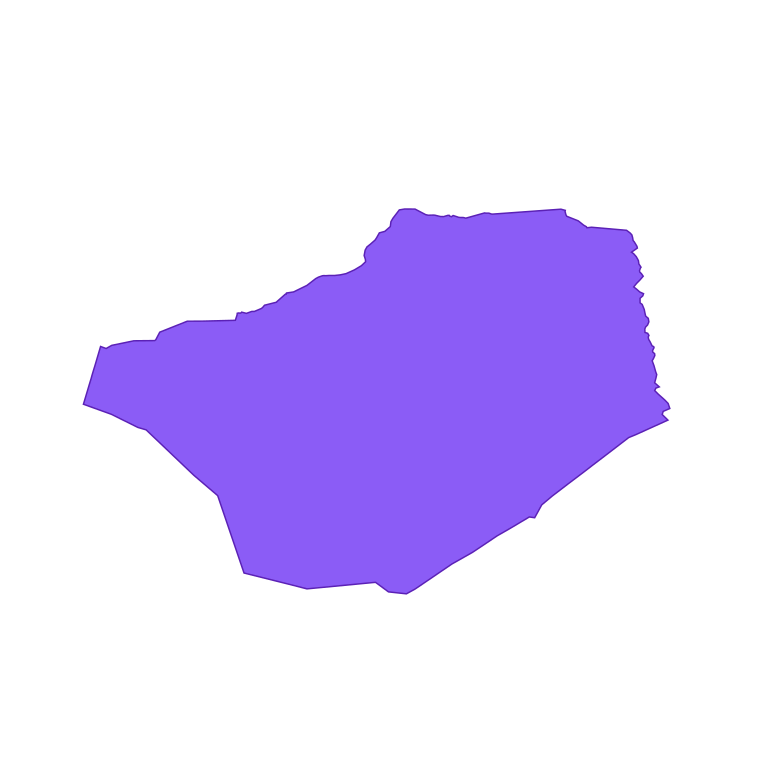 the district of Santiago Yolomécatl, Oaxaca, Mexico, rotated 109°
{"feature_id": "50627088B72643928599423", "entity_name": "Santiago Yolomécatl", "entity_type": "district", "adm_level": 2, "iso_a3": "MEX", "parent_name": "Mexico", "parent_adm1": "Oaxaca", "projection": "natural_earth1", "projection_center": [-97.594, 17.466], "detail": "fine", "context": "isolated", "style": "filled", "palette": "violet", "viewbox_px": 768, "rotation_deg": 109, "n_neighbors": 0, "source": "geoboundaries", "source_scale": "gbopen_adm2", "svg_char_len": 2595}
<svg xmlns="http://www.w3.org/2000/svg" viewBox="0 0 768 768"><g transform="rotate(109 384 384)"><path d="M159.7,204.7L168.2,238.8L170.2,243.0L169.4,243.9L168.8,247.0L166.5,253.4L165.9,265.9L164.6,267.2L162.9,268.3L161.9,269.0L160.8,269.1L161.1,273.6L188.0,336.6L188.3,337.6L188.3,340.5L189.3,343.3L189.5,344.6L200.6,360.7L200.7,363.0L201.6,365.7L202.1,367.6L202.1,369.6L202.2,373.5L203.8,374.6L203.9,376.4L203.3,377.2L203.8,378.6L206.3,382.1L207.3,385.3L207.8,390.7L208.1,392.0L210.0,397.1L210.3,399.7L208.5,411.6L211.8,421.4L214.4,426.2L224.3,429.5L228.2,430.3L233.1,429.3L239.4,432.9L242.6,437.6L248.1,438.6L250.8,439.3L256.4,442.5L259.8,444.7L263.5,445.4L269.0,444.6L272.2,442.2L274.4,441.2L279.5,443.9L285.7,449.1L292.0,455.8L295.1,461.0L297.5,466.1L299.2,471.1L300.5,474.2L301.2,476.5L301.8,477.6L302.9,479.0L304.3,480.8L306.6,482.9L315.9,489.0L326.4,499.5L329.7,505.8L330.7,505.7L330.7,506.1L331.5,506.7L341.0,512.1L341.6,512.2L348.4,522.6L351.0,523.6L352.5,524.5L357.6,530.2L358.4,532.6L362.0,537.1L362.4,541.9L362.7,541.9L363.6,542.7L363.9,543.4L364.2,544.7L364.9,545.8L366.6,545.4L367.1,545.4L372.2,545.3L383.7,576.2L388.7,590.5L408.0,612.9L416.5,614.2L417.6,614.9L424.6,634.6L436.1,654.0L440.9,658.3L440.8,664.2L456.2,663.5L460.5,663.3L466.5,663.1L471.2,662.9L474.0,662.7L479.6,662.5L496.4,661.8L501.0,661.6L501.4,632.1L505.2,602.6L504.8,594.0L532.3,533.9L543.3,505.9L543.7,504.9L608.3,454.8L604.3,408.8L602.8,390.2L575.3,329.7L574.3,327.4L579.1,312.1L575.1,294.5L567.8,287.9L559.7,281.8L532.1,261.2L514.1,245.3L490.5,227.4L479.3,217.6L462.4,203.3L461.4,198.0L446.9,195.5L435.4,188.6L418.5,177.4L401.7,166.1L393.6,160.8L380.1,151.8L355.0,135.2L349.8,129.3L325.7,103.8L322.3,111.0L319.0,111.1L314.1,105.8L309.9,109.0L307.8,113.1L304.3,121.4L302.1,125.9L299.4,125.6L297.1,122.8L294.7,128.5L289.9,128.8L286.3,129.2L284.0,131.1L278.9,134.6L274.7,138.0L272.3,137.5L268.9,137.2L267.2,138.0L266.3,140.3L265.1,140.9L263.7,140.8L261.8,140.5L260.9,141.1L260.6,143.0L257.5,146.1L255.5,148.4L253.5,149.5L251.8,149.3L250.2,151.2L250.3,154.0L247.1,155.3L244.9,155.2L242.4,154.0L239.0,153.8L235.9,155.5L234.6,158.7L231.9,160.4L228.8,162.2L224.7,165.8L223.9,168.3L219.6,169.8L216.4,168.0L214.1,168.0L213.7,172.2L212.0,176.3L210.9,179.5L206.6,177.9L202.2,175.8L197.7,174.0L195.8,176.6L194.9,178.6L193.7,179.3L192.6,179.3L191.7,179.3L191.0,179.3L189.9,179.0L187.5,182.1L184.5,183.6L181.5,186.9L179.5,190.4L178.8,192.9L173.0,188.7L171.5,189.6L169.4,192.1L168.1,193.7L167.2,195.2L164.6,196.6L162.3,198.2L161.1,200.4L160.8,201.3L159.7,204.7Z" fill="#8b5cf6" stroke="#5b21b6" stroke-width="1.5"/></g></svg>